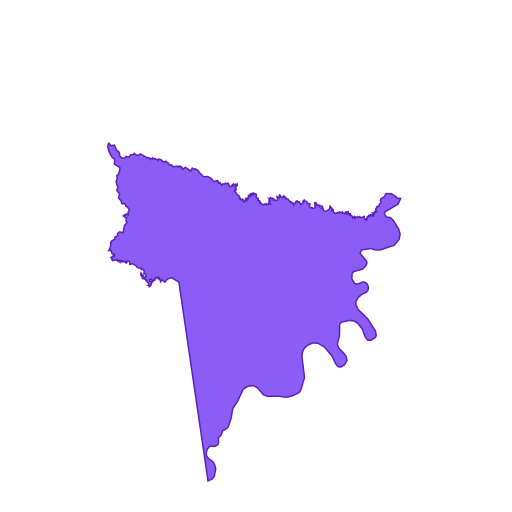 Puerto Concordia, Meta, Colombia, rotated 330°
{"feature_id": "7082276B49783171180305", "entity_name": "Puerto Concordia", "entity_type": "district", "adm_level": 2, "iso_a3": "COL", "parent_name": "Colombia", "parent_adm1": "Meta", "projection": "robinson", "projection_center": [-72.676, 2.773], "detail": "fine", "context": "isolated", "style": "filled", "palette": "violet", "viewbox_px": 512, "rotation_deg": 330, "n_neighbors": 0, "source": "geoboundaries", "source_scale": "gbopen_adm2", "svg_char_len": 6161}
<svg xmlns="http://www.w3.org/2000/svg" viewBox="0 0 512 512"><g transform="rotate(330 256 256)"><path d="M410.0,278.5L406.8,276.2L407.1,274.9L404.2,269.6L400.1,267.1L399.0,267.2L397.3,268.8L393.1,268.8L391.5,270.1L391.3,272.0L388.0,273.4L387.7,274.5L386.1,274.4L385.7,273.6L383.3,275.2L382.4,276.4L382.8,277.7L380.7,278.0L380.9,276.4L379.9,278.1L378.4,277.1L378.7,278.4L377.7,280.3L376.8,279.7L377.3,278.4L375.9,277.4L374.9,278.4L374.3,277.2L373.5,277.3L373.7,278.5L371.7,277.7L370.2,280.1L369.8,279.0L368.8,279.4L368.7,277.6L369.5,275.8L366.5,275.6L365.2,273.6L364.0,273.9L363.5,272.7L362.1,272.8L361.3,271.2L360.5,272.6L359.8,271.0L358.9,271.5L359.2,269.5L357.6,267.5L358.9,267.2L358.9,266.5L357.3,265.6L357.7,264.6L356.1,265.4L355.3,264.7L357.2,263.8L357.1,263.2L355.3,262.7L354.0,263.7L352.9,262.5L352.8,260.9L351.7,261.5L350.3,259.5L349.7,260.4L348.0,259.0L346.2,259.0L345.0,257.1L345.9,254.4L344.5,254.5L345.6,253.3L345.1,249.8L342.7,252.4L338.1,252.1L337.0,250.1L337.8,249.2L337.7,247.6L336.9,247.3L338.1,246.9L338.1,245.8L335.0,244.9L336.3,244.9L335.8,244.1L336.5,243.8L334.1,242.2L334.7,240.9L334.3,239.5L333.5,239.2L331.5,243.6L330.3,243.7L328.6,242.7L328.7,241.9L326.9,241.2L327.0,239.9L328.9,237.9L326.9,236.2L327.1,234.0L325.3,232.5L325.6,231.7L323.9,232.0L323.8,233.2L322.7,233.7L320.5,233.7L320.6,230.8L318.9,229.9L319.2,228.9L318.4,228.6L314.1,230.8L314.5,228.3L312.6,227.4L313.0,226.5L313.9,226.7L312.4,225.4L312.1,222.6L310.3,221.2L311.0,219.9L310.0,219.3L310.1,218.5L309.2,218.7L309.6,218.0L308.4,218.3L306.9,217.1L307.4,215.7L306.9,214.9L305.1,217.1L304.0,215.1L303.1,217.8L301.8,218.4L300.0,216.8L299.8,215.4L298.9,215.8L299.0,214.1L298.3,214.1L297.7,212.5L296.4,213.8L295.8,212.9L295.6,215.5L294.5,215.0L294.5,218.0L293.1,216.5L292.5,217.4L291.2,217.3L291.1,216.2L290.6,216.5L289.8,215.3L288.2,215.5L285.9,211.9L286.7,211.7L286.7,210.0L285.7,209.0L286.7,207.2L286.0,206.9L285.4,204.7L286.5,204.2L287.1,202.6L285.6,201.0L284.9,201.5L285.2,200.7L284.2,201.0L284.5,199.9L282.5,199.5L282.9,200.4L281.5,200.4L281.9,201.2L281.1,201.9L280.3,200.6L280.7,200.0L279.8,199.7L279.7,201.1L278.0,201.3L277.9,202.4L276.6,202.8L276.8,201.7L275.7,202.2L275.5,201.3L274.9,202.2L275.2,203.3L273.2,202.7L272.8,203.4L272.2,202.7L272.9,202.5L272.9,200.2L272.0,200.5L270.7,199.2L271.3,198.8L270.5,197.4L271.3,197.0L271.3,195.1L270.3,193.3L270.4,190.2L269.7,189.4L270.6,188.2L271.8,188.8L272.5,187.5L272.3,186.0L274.1,184.9L274.1,185.8L274.7,185.7L275.4,184.7L274.8,184.9L274.6,183.7L272.5,183.3L272.6,182.4L270.7,182.6L270.7,183.8L268.9,183.5L267.8,181.5L268.5,179.6L267.8,178.7L267.1,179.1L265.9,177.6L264.6,178.0L263.1,176.9L261.7,177.6L261.4,175.0L260.6,174.5L261.2,174.1L260.0,173.5L260.6,172.2L259.8,171.8L260.1,171.3L256.7,170.6L255.8,166.0L253.9,163.0L250.4,161.3L248.5,154.9L248.8,153.4L246.9,149.9L245.6,150.0L244.7,148.0L242.1,149.8L239.1,143.9L235.8,144.3L236.2,142.2L235.4,140.5L234.2,139.7L233.8,140.7L232.4,138.5L229.1,137.5L228.2,134.5L226.4,133.9L226.6,132.0L225.1,128.7L223.3,128.9L221.8,125.1L220.1,123.4L218.7,124.2L218.7,123.0L217.2,121.8L217.4,121.2L215.8,120.4L215.7,119.6L215.1,120.3L213.3,118.6L212.8,119.3L212.3,117.2L210.7,116.4L207.0,109.8L204.4,110.0L202.6,108.4L201.9,106.2L200.5,106.8L198.0,105.7L195.4,106.9L193.3,104.8L191.3,105.6L189.1,104.5L188.0,101.4L189.4,98.0L188.2,94.3L188.8,89.2L186.4,88.4L185.3,87.3L185.1,84.8L184.2,84.9L182.1,87.3L180.8,92.9L180.7,98.2L182.1,101.5L179.3,105.7L182.3,111.3L180.9,113.6L177.4,116.5L175.3,117.0L175.0,118.9L172.1,121.6L170.9,125.7L170.9,127.8L168.5,129.2L168.2,130.9L169.1,133.7L165.9,137.1L166.7,140.3L166.0,143.7L168.0,144.7L168.8,146.7L168.0,147.8L169.1,149.1L169.5,152.9L167.2,154.0L165.9,156.4L164.7,154.8L163.5,155.6L162.8,154.6L161.1,154.9L162.8,158.6L161.1,160.1L161.0,162.4L157.3,163.8L152.6,169.4L150.1,167.0L148.9,166.9L146.9,167.6L146.9,168.9L146.1,169.4L143.4,169.1L141.8,170.9L138.9,170.7L137.1,171.5L134.6,175.2L132.4,176.9L132.6,177.5L131.4,177.7L133.0,178.6L132.5,182.3L134.0,183.3L133.8,185.0L133.2,185.4L132.6,184.4L129.6,184.9L130.3,185.8L129.3,187.0L129.7,188.5L130.7,188.1L131.5,189.2L133.9,189.6L133.5,191.1L134.9,191.0L135.8,191.8L134.8,192.0L134.7,192.8L136.0,192.5L135.9,193.8L136.9,193.0L137.8,193.4L137.6,194.2L140.7,195.6L140.4,196.7L139.9,196.5L140.3,197.3L141.9,196.2L143.2,196.7L143.7,197.5L143.1,199.8L141.8,200.1L145.4,201.0L147.2,204.3L147.5,206.7L150.3,209.4L150.0,210.6L151.7,211.4L151.6,213.3L150.0,215.4L151.1,216.2L150.7,218.8L148.7,219.0L147.8,213.3L146.6,214.6L147.1,216.2L146.5,218.8L149.1,221.5L148.4,222.0L149.4,226.3L148.7,227.5L147.8,227.4L148.8,228.5L148.3,229.2L149.8,229.1L153.1,226.6L151.3,224.8L151.9,223.4L153.7,223.5L153.7,225.1L154.5,226.3L155.3,225.4L156.3,226.4L157.4,224.8L158.3,225.4L159.0,224.5L160.4,225.5L159.9,226.8L161.3,226.8L160.5,228.3L161.3,229.2L160.6,230.5L162.8,229.8L164.1,233.1L167.6,231.7L171.9,232.3L176.2,240.0L102.0,426.8L106.8,427.2L109.9,425.8L114.6,420.3L115.8,416.5L115.8,412.7L113.5,407.1L113.3,404.5L114.1,402.2L117.0,398.9L120.8,397.7L125.3,400.3L128.6,400.4L130.5,398.6L132.5,394.7L136.0,393.8L140.0,390.6L142.3,390.9L146.6,390.1L153.4,384.0L159.5,376.6L167.9,372.3L178.3,364.9L184.0,364.8L189.1,367.0L191.4,371.1L193.1,380.0L196.1,383.5L205.6,388.7L211.7,393.6L217.6,395.3L225.0,395.8L227.1,395.0L237.2,385.6L245.5,366.0L247.9,362.7L251.0,360.4L255.8,359.0L261.7,359.7L266.0,362.5L269.7,368.9L271.8,380.7L271.1,389.1L271.6,392.7L273.7,394.5L277.8,394.6L282.6,392.0L283.8,388.2L283.5,384.4L281.7,377.5L282.1,373.3L288.4,366.8L294.1,357.3L295.1,356.4L297.4,356.1L304.9,358.6L308.5,361.4L310.4,365.1L311.6,372.2L310.1,380.4L310.7,384.9L313.2,386.3L318.3,386.3L320.3,385.1L322.0,380.5L321.2,366.0L317.7,353.6L318.2,347.9L319.8,345.4L323.8,343.0L328.3,342.1L333.4,342.6L335.9,341.5L337.6,339.7L338.1,337.6L338.2,335.1L336.8,332.7L334.9,331.7L330.0,331.2L327.7,329.3L327.5,323.9L330.2,319.5L332.7,318.3L341.5,320.6L346.2,319.3L348.3,317.9L349.2,316.1L347.5,305.6L350.4,303.5L358.8,306.7L362.2,310.2L366.5,312.8L381.0,315.8L388.2,313.2L391.8,309.0L393.0,304.0L392.7,293.5L391.6,290.0L388.2,287.2L388.4,283.2L390.1,282.3L404.9,282.1L410.0,278.5Z" fill="#8b5cf6" stroke="#5b21b6" stroke-width="1.5"/></g></svg>